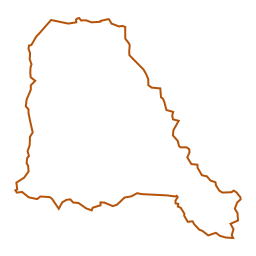 Trujillo Alto, Puerto Rico (Robinson projection)
{"feature_id": "32010507B87242959394677", "entity_name": "Trujillo Alto", "entity_type": "district", "adm_level": 2, "iso_a3": "PRI", "parent_name": "Puerto Rico", "parent_adm1": "", "projection": "robinson", "projection_center": [-65.993, 18.337], "detail": "fine", "context": "isolated", "style": "outline", "palette": "amber", "viewbox_px": 256, "rotation_deg": 0, "n_neighbors": 0, "source": "geoboundaries", "source_scale": "gbopen_adm2", "svg_char_len": 1870}
<svg xmlns="http://www.w3.org/2000/svg" viewBox="0 0 256 256"><path d="M107.6,19.3L100.6,20.9L100.6,21.5L99.1,21.9L91.5,22.3L86.0,20.3L81.0,20.4L79.1,18.0L77.5,18.5L76.0,19.6L76.3,22.3L68.3,23.6L51.1,20.0L44.8,27.1L42.5,29.8L40.2,32.4L36.3,36.5L31.5,44.8L30.4,45.3L29.0,45.5L28.5,48.6L30.1,53.3L29.7,59.3L31.5,64.3L30.5,67.6L30.3,72.9L30.3,73.2L30.7,77.3L35.2,80.8L30.8,85.3L30.8,89.7L26.6,99.7L25.8,106.3L28.5,109.4L28.5,113.1L29.9,120.0L32.7,132.5L29.9,137.0L29.9,140.1L29.6,145.6L27.6,151.0L28.9,156.1L27.2,157.9L26.6,163.3L28.1,165.6L28.6,171.4L24.1,177.7L16.4,182.6L17.2,189.5L15.4,190.3L16.8,192.6L22.1,192.0L28.7,197.3L37.1,199.1L40.4,196.5L49.7,197.1L52.0,198.8L58.8,208.8L62.2,202.4L66.5,199.8L70.4,199.4L73.1,202.5L78.6,203.0L86.0,208.3L91.7,210.4L92.7,207.7L100.5,205.3L100.5,202.4L104.4,202.6L112.8,206.1L117.0,204.7L124.6,197.5L131.2,196.4L137.2,193.2L141.6,194.1L167.1,195.4L175.3,196.5L176.6,195.8L177.7,197.1L175.4,200.8L175.6,203.4L178.3,203.9L177.8,206.5L180.7,207.8L184.4,213.7L184.2,215.8L187.8,221.8L192.6,221.3L194.2,224.3L199.3,229.7L202.3,230.8L208.2,235.4L215.9,232.8L220.0,235.9L225.7,237.5L233.1,238.0L231.8,235.1L233.5,229.2L230.5,223.8L238.0,220.5L237.5,213.1L234.8,208.7L237.2,202.5L240.6,199.4L240.4,197.3L236.4,192.3L233.6,190.6L231.6,192.2L222.5,192.6L219.3,190.7L216.1,185.6L215.4,182.2L210.5,180.6L207.0,176.4L201.9,175.2L197.6,167.8L197.4,164.7L191.4,164.1L187.3,157.4L189.5,152.4L189.2,149.2L186.5,147.3L180.5,147.3L179.0,146.0L177.8,141.0L172.9,135.4L173.4,130.2L178.7,120.8L173.1,119.4L172.2,115.8L173.2,111.9L166.4,110.0L164.3,102.0L162.9,98.6L161.0,97.3L160.3,88.4L151.6,87.6L148.3,85.1L148.3,79.3L146.0,73.8L144.4,71.1L143.5,69.5L135.5,61.4L129.4,55.2L129.2,51.7L129.7,45.1L128.9,43.3L125.3,38.7L125.2,27.9L125.3,27.0L122.3,25.9L119.2,26.5L111.5,23.6L108.9,19.2L107.6,19.3Z" fill="none" stroke="#b45309" stroke-width="2"/></svg>